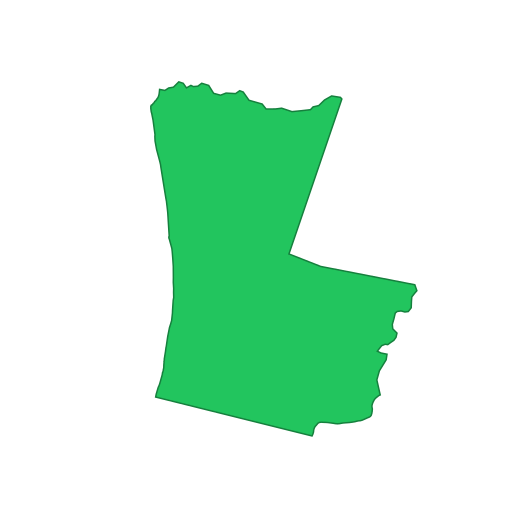 Libertad, San José, Uruguay, rotated 71°
{"feature_id": "84410073B36458141806664", "entity_name": "Libertad", "entity_type": "district", "adm_level": 2, "iso_a3": "URY", "parent_name": "Uruguay", "parent_adm1": "San José", "projection": "robinson", "projection_center": [-56.645, -34.648], "detail": "fine", "context": "isolated", "style": "filled", "palette": "green", "viewbox_px": 512, "rotation_deg": 71, "n_neighbors": 0, "source": "geoboundaries", "source_scale": "gbopen_adm2", "svg_char_len": 2786}
<svg xmlns="http://www.w3.org/2000/svg" viewBox="0 0 512 512"><g transform="rotate(71 256 256)"><path d="M427.8,183.8L412.5,182.1L404.7,176.7L396.5,166.7L391.5,164.1L388.4,169.4L385.5,172.3L381.7,166.4L381.5,162.6L382.7,160.3L381.5,156.4L380.6,153.1L378.5,150.1L374.8,147.8L369.4,150.4L365.1,149.4L360.2,146.0L355.3,142.9L354.4,140.6L355.2,136.7L357.4,133.5L358.1,130.1L355.5,126.1L349.3,123.7L345.4,122.0L343.0,118.3L341.2,115.2L334.9,115.2L286.9,198.3L264.8,224.2L135.5,123.7L133.5,124.5L129.3,132.4L130.8,140.4L134.2,147.7L133.6,153.5L135.4,156.9L133.5,165.4L131.2,175.0L124.6,183.6L123.3,189.8L120.3,198.6L114.3,200.7L106.5,211.9L96.8,214.7L94.4,217.6L95.8,222.4L92.2,231.3L92.4,237.2L88.4,243.1L79.3,245.2L75.0,251.1L76.5,255.7L75.4,260.1L73.5,262.0L74.4,267.0L69.0,268.6L66.2,272.3L69.5,279.1L68.7,283.9L69.8,288.2L67.1,292.9L69.9,294.2L71.1,294.8L71.6,295.0L72.2,295.5L72.7,295.8L73.3,296.2L73.9,296.8L74.4,297.2L74.7,297.8L75.5,298.9L76.5,300.2L76.9,301.5L77.5,302.0L78.0,302.6L78.2,303.4L79.0,304.5L79.4,305.1L79.2,305.7L79.6,306.1L79.9,306.4L80.1,306.7L80.4,306.8L80.6,306.8L81.0,307.0L81.4,307.1L82.1,307.4L85.5,308.1L87.5,308.2L88.8,308.4L94.0,309.1L108.4,312.0L110.0,312.7L114.4,314.0L122.9,315.3L134.1,316.1L136.6,316.3L137.4,316.4L138.4,316.5L139.5,316.7L140.0,316.8L140.5,316.9L140.9,317.0L156.4,319.7L172.0,322.4L174.6,322.8L174.9,322.8L175.7,323.0L179.0,323.7L183.5,324.7L186.5,325.4L190.5,326.5L195.5,327.9L208.6,331.5L209.0,331.7L209.1,331.8L209.6,332.2L210.6,332.5L212.3,332.5L221.5,333.1L224.6,333.8L227.3,334.5L231.6,335.6L234.5,336.4L238.9,337.6L249.6,341.2L254.0,342.8L259.8,344.4L263.6,345.8L268.4,347.3L270.9,348.7L280.2,352.6L282.8,353.6L289.6,356.8L292.7,359.0L295.5,361.1L298.6,362.9L303.2,365.6L312.3,370.3L313.6,371.1L314.5,371.5L315.6,372.1L316.5,372.5L323.8,376.4L324.4,376.4L324.9,376.8L325.7,377.3L326.5,377.5L329.2,378.7L331.4,379.5L332.6,380.2L333.2,380.6L333.9,380.8L334.6,381.4L335.2,381.7L335.9,382.4L337.3,383.1L338.0,383.5L339.9,384.8L341.3,385.8L342.2,386.4L343.1,387.0L344.4,387.9L346.3,389.3L347.8,390.6L348.1,391.0L348.5,391.3L354.1,395.3L356.7,396.8L444.4,261.6L442.8,260.1L442.5,259.9L441.1,258.9L439.3,258.1L437.9,257.1L436.6,255.8L435.4,253.7L434.3,251.9L434.0,250.1L434.2,249.3L434.4,248.3L435.1,246.7L436.0,244.3L436.9,242.2L438.0,240.0L439.3,237.4L440.4,235.4L441.2,233.5L441.7,231.6L442.1,228.7L442.7,226.2L443.3,224.0L443.9,221.7L444.5,218.6L444.9,216.3L445.0,214.7L445.2,212.9L445.7,210.9L445.8,209.0L445.6,206.6L445.5,205.3L445.3,203.3L445.2,201.3L444.9,200.1L444.2,199.0L442.6,197.8L440.6,196.7L439.4,196.2L438.6,195.8L437.1,195.6L435.4,195.2L433.6,194.0L432.5,193.1L431.1,191.7L430.3,190.8L429.7,189.8L429.0,188.3L428.6,187.1L428.0,185.5L427.8,184.4L427.8,183.8Z" fill="#22c55e" stroke="#15803d" stroke-width="1.5"/></g></svg>